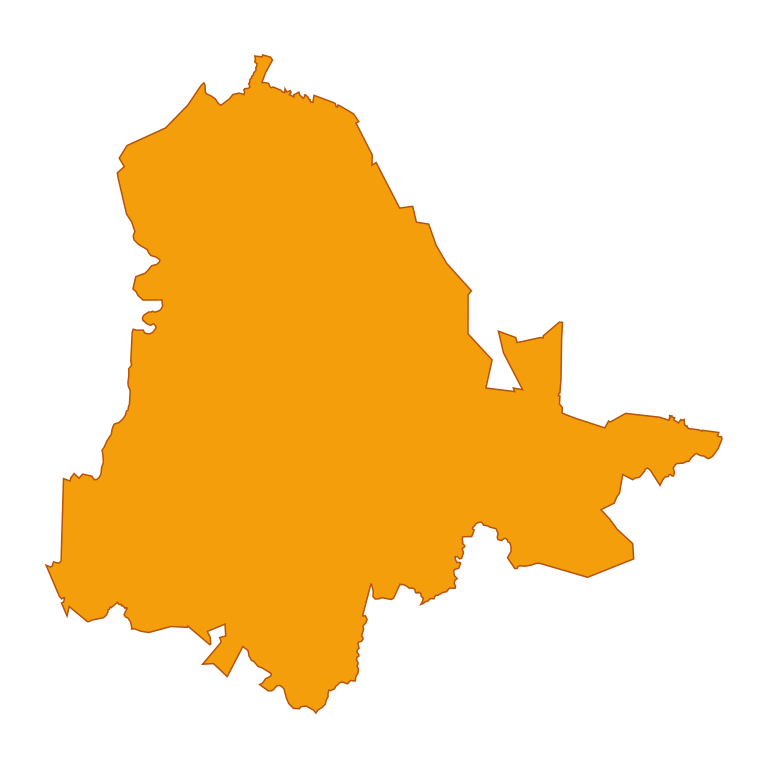 Buenavista de Cuéllar, Guerrero, Mexico
{"feature_id": "50627088B77464015235470", "entity_name": "Buenavista de Cuéllar", "entity_type": "district", "adm_level": 2, "iso_a3": "MEX", "parent_name": "Mexico", "parent_adm1": "Guerrero", "projection": "natural_earth1", "projection_center": [-99.405, 18.469], "detail": "fine", "context": "isolated", "style": "filled", "palette": "amber", "viewbox_px": 768, "rotation_deg": 0, "n_neighbors": 0, "source": "geoboundaries", "source_scale": "gbopen_adm2", "svg_char_len": 6042}
<svg xmlns="http://www.w3.org/2000/svg" viewBox="0 0 768 768"><path d="M718.8,432.5L702.3,430.3L702.2,431.0L698.4,429.8L688.8,428.6L687.0,427.0L687.3,426.2L685.1,425.5L684.5,423.9L684.1,419.4L681.9,420.4L680.9,419.5L678.5,422.9L674.1,420.1L673.6,419.5L674.6,417.9L671.7,416.8L672.0,416.0L669.7,415.6L670.0,418.0L669.3,418.2L669.6,419.0L668.8,420.2L659.5,417.2L625.6,413.4L610.3,422.0L608.6,421.0L604.8,427.9L575.7,418.4L562.2,413.2L562.2,407.2L559.5,404.2L559.9,396.0L558.3,395.5L559.1,393.2L559.9,393.1L561.0,378.7L561.6,339.1L562.5,322.4L559.4,322.1L543.2,335.9L543.2,337.8L540.5,337.5L517.1,342.6L515.7,337.5L498.4,331.2L503.5,352.9L522.6,389.7L513.3,388.0L514.7,391.6L485.9,388.0L492.1,359.9L468.0,333.8L468.1,294.9L471.4,290.8L446.6,263.3L436.2,245.4L428.7,224.1L416.4,222.2L412.7,206.3L399.6,208.1L376.1,162.5L372.0,165.2L372.2,154.8L356.0,123.0L358.8,121.7L353.6,113.9L338.9,105.3L337.8,105.1L337.5,107.0L336.1,106.9L335.4,103.7L333.8,102.7L314.0,95.3L312.9,102.4L310.3,101.7L310.1,99.7L309.2,99.5L307.6,96.7L305.3,94.7L304.6,95.0L304.5,96.8L303.1,98.2L299.7,94.9L298.9,92.2L293.7,94.9L293.8,96.9L289.3,94.5L291.1,92.5L290.4,90.7L286.8,91.9L285.0,88.8L284.6,92.6L282.5,91.9L281.1,90.3L273.1,87.0L271.4,87.7L269.9,86.6L268.8,83.9L267.8,83.1L262.0,82.4L265.4,73.0L272.5,60.1L270.6,57.2L262.8,54.9L262.1,56.9L254.8,56.0L255.5,60.2L254.8,61.1L254.9,62.3L257.1,63.7L256.5,66.8L255.7,67.7L256.1,69.5L255.7,70.8L253.8,72.6L253.1,75.4L251.7,76.3L251.5,78.1L250.0,79.4L249.6,83.1L248.6,83.5L249.9,87.0L248.4,88.3L244.6,88.7L243.8,89.9L244.6,91.8L243.9,94.5L239.3,93.1L232.9,94.5L229.5,98.8L221.0,105.2L220.4,105.1L218.1,103.2L215.3,98.9L211.4,96.1L206.2,93.7L205.3,91.7L205.0,85.1L203.9,82.9L200.8,85.8L188.0,104.9L165.6,127.9L127.1,145.5L119.2,158.2L124.3,166.6L117.3,172.9L118.3,178.8L126.6,214.2L131.8,222.2L134.9,231.5L133.4,235.1L133.4,237.6L134.4,240.3L138.7,244.5L147.2,249.6L148.8,253.1L150.8,255.5L155.7,256.9L159.6,259.4L159.8,260.8L159.2,262.2L156.6,264.5L151.6,265.7L147.8,270.6L144.9,273.3L135.8,276.7L132.9,289.0L135.9,291.4L137.9,295.4L143.1,300.1L161.8,299.9L162.6,306.1L160.9,309.4L159.0,310.8L154.8,312.2L152.7,311.2L151.1,312.0L148.6,312.0L144.1,315.0L142.5,317.5L142.7,320.1L147.0,323.8L150.6,325.3L153.6,323.7L155.4,325.7L156.1,327.1L155.6,328.5L152.7,332.4L149.7,333.9L146.7,333.6L144.6,332.8L143.2,330.1L136.8,330.2L133.2,329.2L132.2,332.4L130.8,360.9L131.6,365.2L128.8,368.6L128.8,375.9L128.0,381.9L128.2,385.8L130.2,390.6L129.4,404.7L128.6,405.9L128.0,410.0L126.5,411.1L125.2,415.6L122.6,419.2L119.0,422.6L114.9,423.8L113.6,425.1L112.0,429.6L111.3,434.3L107.1,440.6L104.1,447.3L102.0,450.3L102.9,454.6L103.4,462.3L101.6,467.5L101.0,473.8L99.3,477.2L97.0,479.4L94.5,479.8L91.8,476.1L82.6,474.1L79.0,478.2L74.1,473.5L70.9,477.7L70.0,481.0L63.5,478.6L61.1,561.0L58.9,563.2L53.5,561.9L52.2,566.1L50.5,567.1L46.1,565.2L59.4,596.4L61.6,598.9L64.0,597.6L64.6,597.9L63.6,602.0L61.5,602.9L67.0,616.0L69.2,606.6L87.4,621.6L88.9,621.6L92.0,620.1L103.7,617.6L106.4,615.1L108.0,611.7L107.7,610.1L109.4,609.3L110.0,607.2L111.1,607.7L117.5,602.4L119.0,604.4L121.6,604.5L121.4,605.7L123.4,606.2L124.9,608.3L125.8,607.6L127.2,608.1L124.1,614.6L125.4,616.9L128.0,618.1L130.5,621.9L131.8,627.6L131.5,629.0L134.8,628.9L140.8,631.2L148.8,632.5L170.9,626.5L187.4,627.3L187.8,626.1L209.8,644.7L210.7,644.2L210.4,637.8L207.3,631.4L225.0,624.1L225.7,636.0L219.6,637.5L221.1,641.4L220.6,642.9L202.6,664.2L213.5,663.6L227.2,676.6L242.8,646.6L248.0,650.5L249.1,656.3L251.4,660.2L254.1,661.7L258.0,666.4L262.1,667.9L270.6,673.1L271.4,674.3L270.5,676.3L265.6,678.7L262.6,683.0L259.6,684.6L268.2,690.8L271.3,690.8L273.0,690.1L277.0,685.7L279.5,685.5L281.6,686.4L284.0,688.9L286.4,698.0L288.7,703.5L293.5,708.4L299.5,708.7L300.8,706.8L306.1,706.0L313.7,710.2L315.9,713.1L317.9,710.0L322.3,707.3L325.3,704.2L326.2,700.3L328.1,696.6L328.0,693.8L328.8,690.2L330.5,690.7L334.6,688.7L336.0,686.1L340.3,682.4L342.7,682.2L347.5,683.8L350.7,680.4L354.4,681.1L355.4,680.7L355.7,677.0L357.9,673.3L358.5,669.2L357.0,665.7L358.1,663.9L358.0,662.6L356.6,660.1L356.8,657.4L358.9,656.0L358.7,654.2L356.9,652.3L357.3,650.0L359.1,648.3L357.9,643.1L358.6,642.2L361.3,641.4L362.9,639.5L363.0,637.6L361.6,635.9L363.6,629.1L362.8,626.1L365.7,623.1L367.1,619.5L365.4,615.8L362.5,616.0L370.9,584.1L371.7,584.6L373.2,590.8L373.0,596.7L375.1,599.0L378.8,598.9L381.8,597.7L391.3,599.5L393.6,598.1L400.1,584.1L401.3,584.8L402.5,584.3L406.6,586.0L409.0,588.1L413.4,588.3L414.9,589.5L415.4,592.3L416.2,593.0L416.9,592.5L418.0,593.0L418.8,592.2L421.1,593.8L421.1,596.2L423.2,598.2L422.5,601.4L420.8,604.4L423.6,603.3L425.0,601.9L428.0,601.0L430.2,598.6L433.9,598.8L435.5,595.3L437.8,595.4L442.8,592.5L446.6,591.7L448.5,589.1L450.2,588.0L455.1,588.3L455.6,586.3L454.3,583.7L454.5,581.6L455.1,580.2L457.2,578.6L454.7,576.0L453.8,573.1L453.8,570.4L455.8,569.0L458.7,568.3L460.6,563.2L459.9,562.4L457.0,562.5L455.6,560.0L455.1,556.6L457.4,556.7L459.8,558.9L461.6,558.3L463.5,552.8L462.2,548.5L464.0,547.4L464.9,546.0L462.3,543.1L462.9,541.7L462.1,540.0L462.5,537.6L463.3,536.7L471.7,536.6L474.2,530.0L472.8,529.1L472.4,528.0L476.7,523.2L480.1,522.0L481.8,522.3L483.6,525.2L487.6,525.8L489.8,527.1L496.0,528.7L498.1,533.7L497.2,537.0L497.9,539.5L501.6,540.6L503.6,538.8L505.4,538.3L507.2,539.7L508.0,541.9L509.8,542.7L511.0,546.7L511.0,551.5L507.5,557.7L514.9,568.7L517.4,568.3L517.8,566.7L519.3,565.8L525.3,566.2L531.4,565.1L536.0,563.4L539.3,563.2L587.6,577.3L633.7,558.9L632.7,543.6L617.1,529.2L609.8,519.2L601.0,509.7L614.2,503.1L617.0,496.6L619.5,493.1L622.7,474.5L632.7,479.7L635.5,477.9L638.5,477.6L639.9,476.7L644.8,470.9L645.1,469.3L647.6,468.0L650.4,470.3L660.0,485.4L662.5,480.2L665.1,476.9L668.2,476.6L669.3,474.7L670.3,474.4L672.1,475.9L673.5,476.0L674.5,472.3L673.2,468.2L675.3,464.8L677.0,463.5L683.3,463.1L686.5,461.5L688.9,461.3L691.4,457.6L695.1,454.1L696.6,453.5L700.5,455.6L704.1,456.1L707.5,458.5L709.2,458.4L712.8,456.1L718.2,448.5L721.8,439.6L721.9,437.9L721.2,436.6L718.9,436.7L717.4,435.7L718.8,432.5Z" fill="#f59e0b" stroke="#b45309" stroke-width="1.5"/></svg>